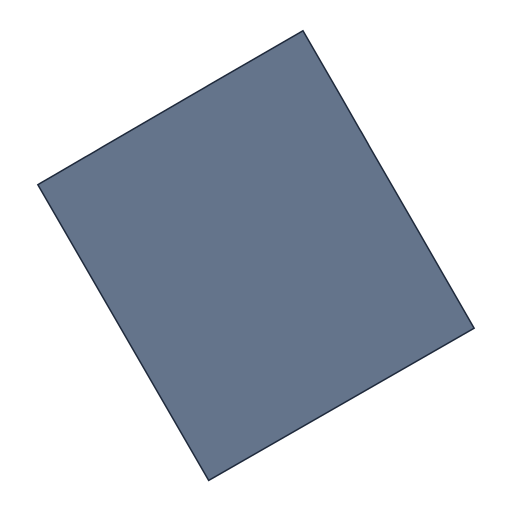 Cheyenne, Kansas, United States of America (Equal Earth projection), rotated 60°
{"feature_id": "52423323B56945179963975", "entity_name": "Cheyenne", "entity_type": "district", "adm_level": 2, "iso_a3": "USA", "parent_name": "United States of America", "parent_adm1": "Kansas", "projection": "equal_earth", "projection_center": [-101.838, 39.786], "detail": "fine", "context": "isolated", "style": "filled", "palette": "slate", "viewbox_px": 512, "rotation_deg": 60, "n_neighbors": 0, "source": "geoboundaries", "source_scale": "gbopen_adm2", "svg_char_len": 447}
<svg xmlns="http://www.w3.org/2000/svg" viewBox="0 0 512 512"><g transform="rotate(60 256 256)"><path d="M426.7,409.2L427.6,103.2L424.3,103.2L357.3,103.1L312.6,103.0L311.9,103.0L216.7,103.0L215.1,102.9L202.0,102.8L197.3,102.9L163.5,102.7L156.7,102.7L84.4,102.7L84.4,210.7L84.5,215.1L84.5,222.3L84.5,232.4L84.8,333.5L85.0,348.9L84.9,354.4L85.1,392.3L85.1,405.2L85.2,409.3L426.7,409.2Z" fill="#64748b" stroke="#1e293b" stroke-width="1.5"/></g></svg>